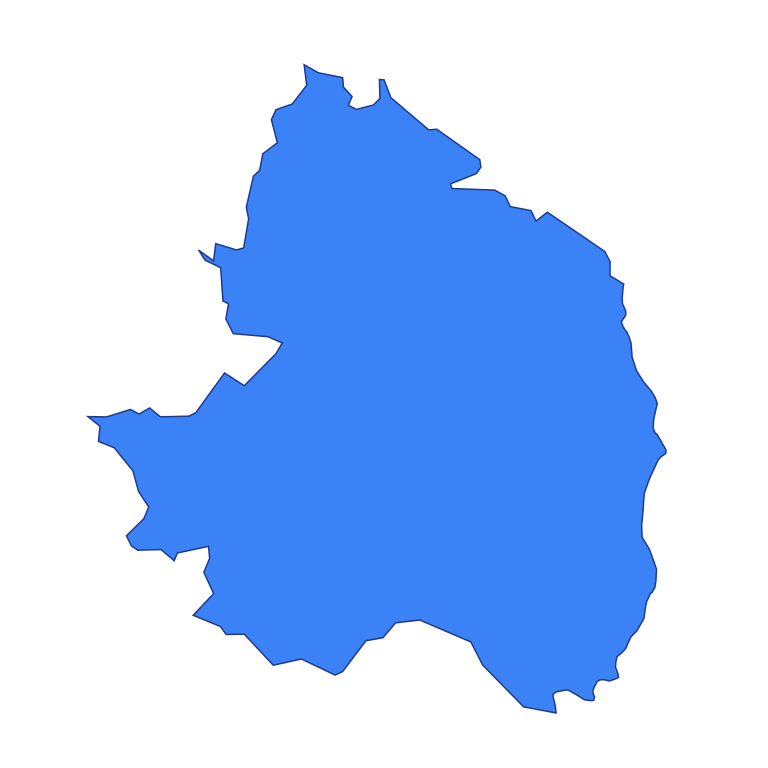 Mavrovo and Rostusha, Mavrovo and Rostusa, North Macedonia, rotated 186°
{"feature_id": "65306769B57665907630306", "entity_name": "Mavrovo and Rostusha", "entity_type": "district", "adm_level": 2, "iso_a3": "MKD", "parent_name": "North Macedonia", "parent_adm1": "Mavrovo and Rostusa", "projection": "albers", "projection_center": [20.658, 41.644], "detail": "fine", "context": "isolated", "style": "filled", "palette": "blue", "viewbox_px": 768, "rotation_deg": 186, "n_neighbors": 0, "source": "geoboundaries", "source_scale": "gbopen_adm2", "svg_char_len": 2338}
<svg xmlns="http://www.w3.org/2000/svg" viewBox="0 0 768 768"><g transform="rotate(186 384 384)"><path d="M415.7,686.5L420.4,686.4L417.9,667.6L423.6,660.4L440.2,654.2L448.6,657.4L445.8,666.5L455.4,675.1L457.1,684.3L482.1,686.7L496.8,693.2L492.1,673.0L504.5,652.9L520.1,645.5L523.6,635.1L515.3,612.8L528.6,600.3L530.0,583.5L535.6,577.0L539.4,545.3L535.9,534.2L537.8,504.7L544.7,501.9L566.0,506.0L566.4,488.6L582.4,497.8L574.8,488.4L558.6,482.6L552.8,449.6L547.0,447.5L548.1,432.2L539.2,418.3L504.6,418.9L489.5,414.2L494.5,403.0L522.8,367.7L543.7,378.3L568.1,335.9L574.7,331.6L603.0,328.0L614.6,335.7L624.4,328.5L633.5,332.2L656.4,322.3L675.0,320.6L662.1,312.3L661.9,297.0L645.6,292.4L624.6,271.3L616.9,251.6L605.1,237.0L608.8,224.9L624.3,206.1L618.3,196.6L611.6,193.0L588.4,196.0L574.2,186.3L571.8,194.4L541.5,204.2L539.2,192.4L543.5,177.9L531.5,157.8L549.6,134.0L521.3,125.7L514.8,118.4L496.8,120.6L464.7,92.7L437.6,101.9L402.2,89.4L395.0,93.8L375.1,126.8L358.5,131.6L347.5,147.7L323.7,153.0L270.6,136.5L256.5,114.8L211.4,77.5L178.5,74.8L180.0,81.8L183.5,91.8L182.9,93.7L180.5,95.8L170.6,98.8L168.9,98.9L157.6,93.9L151.8,90.9L146.0,90.8L144.9,90.8L142.4,91.3L141.9,95.1L142.9,96.5L144.2,99.9L144.0,101.8L143.3,104.2L140.8,110.6L138.0,112.4L134.3,112.9L128.8,112.2L123.0,114.9L121.1,116.0L120.1,116.9L121.0,120.2L124.1,126.5L124.4,131.4L123.8,137.1L119.0,142.1L115.9,146.3L114.8,149.8L114.5,150.9L114.2,152.0L111.9,158.5L106.6,165.1L101.0,177.9L100.7,187.3L100.2,194.6L97.0,203.8L95.6,204.7L93.3,210.1L93.1,214.8L93.0,216.3L93.6,228.2L96.4,234.3L102.7,247.2L111.3,258.7L113.0,270.4L113.1,283.6L113.6,296.1L113.6,303.0L110.3,316.8L108.1,323.4L103.5,336.9L101.4,340.0L100.5,341.0L96.6,344.3L96.5,347.1L97.4,349.0L101.0,354.0L107.1,362.4L109.1,363.4L111.6,368.0L112.1,376.9L111.1,385.9L110.1,393.1L113.0,399.0L117.1,404.5L126.2,413.4L134.3,423.7L140.0,436.5L142.6,450.5L144.9,455.9L148.0,461.2L149.6,462.7L151.0,464.4L153.2,467.6L154.4,471.1L152.7,474.1L151.0,477.2L150.8,478.9L151.2,481.6L152.9,484.8L155.2,488.8L156.0,493.8L156.1,496.1L156.3,505.3L156.0,508.5L170.5,515.2L172.0,529.4L178.3,538.9L239.5,571.9L249.9,561.9L255.9,571.8L276.9,573.6L283.1,583.7L294.2,588.4L336.9,585.5L338.8,590.0L314.2,602.9L310.3,609.8L312.2,617.1L358.2,642.9L366.1,641.4L407.1,669.5L415.7,686.5Z" fill="#3b82f6" stroke="#1e3a8a" stroke-width="1.5"/></g></svg>